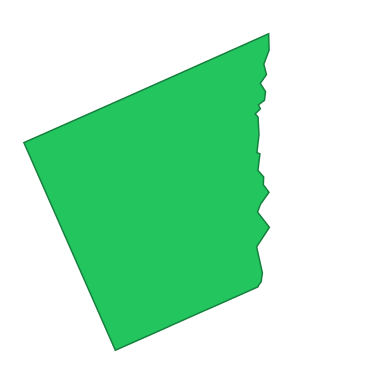 the district of Douglas, Colorado, United States of America, rotated 156°
{"feature_id": "52423323B5867445839727", "entity_name": "Douglas", "entity_type": "district", "adm_level": 2, "iso_a3": "USA", "parent_name": "United States of America", "parent_adm1": "Colorado", "projection": "mercator", "projection_center": [-105.087, 39.348], "detail": "fine", "context": "isolated", "style": "filled", "palette": "green", "viewbox_px": 384, "rotation_deg": 156, "n_neighbors": 0, "source": "geoboundaries", "source_scale": "gbopen_adm2", "svg_char_len": 595}
<svg xmlns="http://www.w3.org/2000/svg" viewBox="0 0 384 384"><g transform="rotate(156 192 192)"><path d="M176.5,305.3L232.2,305.3L325.5,305.5L326.4,78.6L318.9,78.6L276.4,78.5L264.1,78.6L228.4,78.6L224.6,78.5L200.9,78.5L170.4,78.5L168.6,80.1L165.5,81.7L160.6,89.4L155.3,115.6L135.7,128.2L140.3,147.0L134.4,153.0L121.8,160.4L123.9,169.6L120.4,176.6L123.0,184.9L114.4,199.3L116.7,201.5L107.5,217.1L101.2,233.6L102.5,237.6L95.7,240.2L95.9,244.6L88.5,246.3L84.0,253.8L85.4,263.5L76.2,269.0L74.4,279.6L63.9,290.2L57.6,305.4L176.5,305.3Z" fill="#22c55e" stroke="#15803d" stroke-width="1.5"/></g></svg>